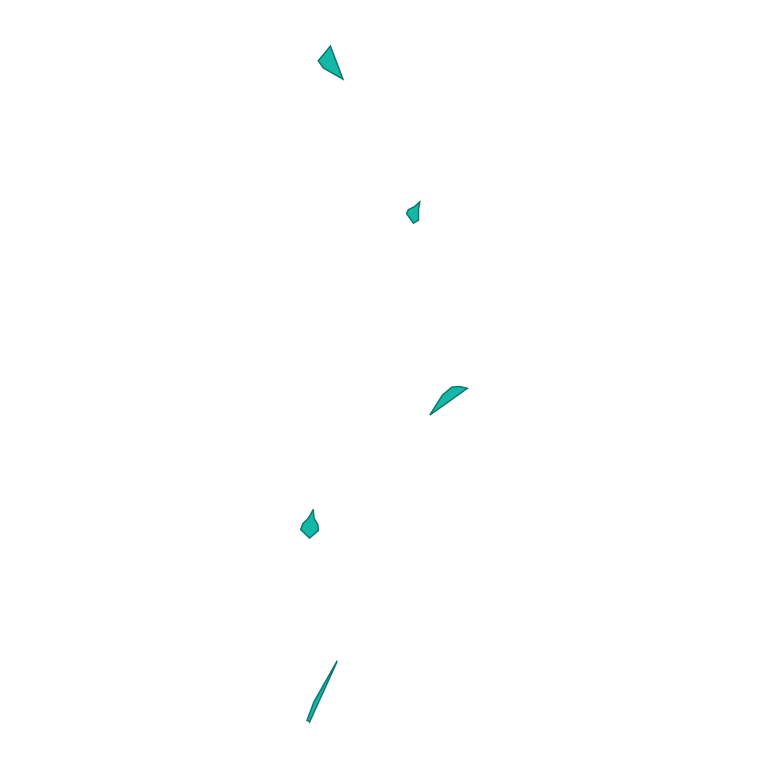 an SVG outline of Noonu
{"feature_id": "MDV-5227", "entity_name": "Noonu", "entity_type": "Atoll", "adm_level": 1, "iso_a3": "MDV", "parent_name": "Maldives", "parent_adm1": "", "projection": "natural_earth1", "projection_center": [73.406, 5.842], "detail": "fine", "context": "isolated", "style": "filled", "palette": "teal", "viewbox_px": 768, "rotation_deg": 0, "n_neighbors": 0, "source": "natural_earth", "source_scale": "10m", "svg_char_len": 635}
<svg xmlns="http://www.w3.org/2000/svg" viewBox="0 0 768 768"><path d="M330.4,46.1L342.9,79.1L323.3,68.0L318.3,60.7L330.4,46.1ZM467.3,388.4L467.1,388.5L430.6,414.5L429.8,415.0L442.5,395.0L451.9,387.1L459.7,386.5L467.3,388.4ZM313.3,509.4L313.3,510.1L314.0,518.1L317.8,524.6L318.3,530.5L309.6,538.1L300.7,529.6L302.7,523.8L308.5,518.1L313.3,509.4ZM337.2,660.8L336.3,663.2L309.6,721.9L309.4,721.5L307.7,720.7L307.0,720.4L313.9,702.0L337.2,660.8ZM419.8,201.8L419.8,202.2L418.5,209.1L418.5,209.3L418.5,215.5L418.5,220.1L413.5,223.2L406.5,213.6L408.5,209.6L414.2,206.8L419.8,201.8Z" fill="#14b8a6" stroke="#0f766e" stroke-width="1.5"/></svg>